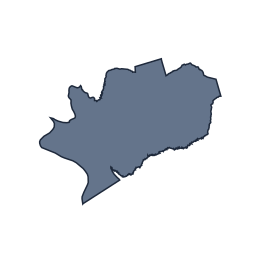 outline of Baradero, Buenos Aires, Argentina, rotated 211°
{"feature_id": "61730980B8735430115634", "entity_name": "Baradero", "entity_type": "district", "adm_level": 2, "iso_a3": "ARG", "parent_name": "Argentina", "parent_adm1": "Buenos Aires", "projection": "natural_earth1", "projection_center": [-59.554, -33.906], "detail": "fine", "context": "isolated", "style": "filled", "palette": "slate", "viewbox_px": 256, "rotation_deg": 211, "n_neighbors": 0, "source": "geoboundaries", "source_scale": "gbopen_adm2", "svg_char_len": 5789}
<svg xmlns="http://www.w3.org/2000/svg" viewBox="0 0 256 256"><g transform="rotate(211 128 128)"><path d="M173.1,158.1L172.9,158.0L172.0,156.1L171.6,156.1L171.7,155.0L171.5,154.9L171.4,154.5L170.8,154.4L170.0,153.1L171.0,152.9L170.3,152.0L170.5,151.1L170.0,150.7L169.6,149.6L169.3,149.4L169.1,148.2L168.9,148.0L169.1,147.7L168.9,147.2L169.2,146.0L169.0,145.5L168.4,145.2L168.8,144.7L168.5,144.4L167.8,144.5L167.8,144.2L168.1,143.9L168.0,143.7L167.4,143.7L167.1,143.5L167.9,143.6L167.7,143.1L168.0,142.7L167.7,142.4L167.9,142.2L168.3,142.4L168.4,142.2L168.2,141.9L167.4,142.0L167.6,141.5L167.3,141.5L167.0,141.1L167.2,140.2L166.6,139.9L167.6,139.5L167.0,139.1L167.1,138.8L166.7,138.3L166.7,137.8L166.9,137.5L167.4,137.3L167.9,136.6L168.4,134.6L168.5,134.6L168.7,135.0L169.6,135.2L170.8,134.3L171.9,136.1L173.3,136.5L174.4,135.9L175.6,134.3L177.0,134.1L178.2,134.7L180.3,136.7L181.1,136.8L182.8,136.3L183.9,136.3L185.7,136.7L186.6,137.3L187.2,137.1L189.5,139.5L190.5,139.9L190.7,138.0L191.8,136.6L192.6,136.2L197.5,135.4L198.2,134.9L198.8,133.4L198.9,131.9L198.1,130.0L196.8,128.0L195.7,124.8L194.9,124.0L193.9,123.5L191.5,122.8L190.7,121.8L189.7,119.9L187.9,117.8L185.5,115.5L182.9,114.1L180.7,112.6L179.2,111.1L178.7,109.7L178.8,109.1L179.3,108.3L181.0,106.0L181.7,104.5L181.8,103.6L181.4,103.3L181.4,102.5L183.4,100.9L186.7,99.2L191.6,97.9L195.2,97.5L196.6,97.7L199.6,96.8L195.1,95.2L193.3,93.8L191.7,90.7L191.7,88.0L192.6,83.5L195.8,77.6L197.0,72.7L196.7,70.8L195.8,69.4L193.9,67.7L191.9,66.8L177.5,69.1L170.4,69.1L167.0,69.6L158.4,71.5L154.4,71.6L149.4,70.8L145.5,70.2L142.3,69.0L139.1,67.5L137.1,65.7L134.0,60.8L133.5,58.4L132.7,50.1L131.9,45.4L130.9,43.6L127.6,39.6L127.5,40.2L108.3,79.1L110.1,79.8L111.1,79.8L116.3,81.3L119.2,82.8L120.3,83.8L121.6,84.4L122.2,85.0L122.5,85.6L122.2,85.5L121.8,85.9L121.4,85.8L120.4,84.6L119.4,84.5L119.0,84.2L118.3,84.6L117.8,84.2L117.5,84.8L116.9,84.4L116.7,85.0L116.1,84.9L115.4,85.3L115.1,84.7L114.7,85.1L114.4,84.5L113.8,84.8L113.4,84.3L113.0,84.7L112.7,84.0L111.6,83.7L111.2,84.0L109.7,83.5L108.7,83.8L108.0,83.4L107.7,84.2L106.9,83.5L105.4,84.8L105.0,85.6L104.5,85.9L104.5,86.4L103.9,87.3L104.2,87.9L103.8,88.2L103.8,88.6L103.4,88.8L103.6,89.4L103.2,89.6L102.8,89.0L102.2,89.6L101.7,89.2L101.3,89.2L101.3,90.1L100.2,91.0L100.6,91.3L100.5,91.6L100.7,91.9L100.3,92.2L100.9,93.7L100.6,95.3L100.0,96.0L100.8,96.5L100.8,97.2L100.4,97.7L100.8,98.4L99.9,98.8L98.6,100.5L98.0,100.7L97.6,100.0L97.4,100.0L97.5,102.1L97.0,103.1L97.8,103.9L97.6,105.2L98.0,105.8L98.2,108.1L98.5,108.8L97.3,109.4L97.5,110.4L97.0,110.3L96.5,111.5L96.2,111.6L96.3,112.2L95.8,113.8L96.7,114.3L96.9,114.7L96.2,114.3L95.5,114.2L95.4,114.4L95.9,114.7L95.4,114.8L95.2,115.1L95.5,115.9L95.3,116.0L95.1,115.6L94.9,116.1L94.4,116.2L94.4,117.1L94.0,117.0L93.8,117.4L93.4,117.0L93.2,117.1L93.4,117.7L93.1,118.1L92.6,118.0L92.3,117.4L91.9,117.7L91.7,118.3L91.1,118.3L91.1,118.9L90.7,118.6L90.8,118.8L90.4,119.1L90.5,119.8L89.9,119.7L88.9,121.4L88.5,121.7L88.6,121.9L89.4,121.8L88.4,122.3L89.0,123.2L88.7,123.3L88.4,123.0L87.9,123.1L88.5,123.5L88.7,124.1L86.7,125.6L86.3,126.6L86.0,126.7L85.7,126.4L85.7,126.8L84.9,128.1L85.2,128.5L85.1,129.0L84.8,128.9L84.6,129.2L84.3,129.1L84.3,129.7L83.7,129.7L84.0,130.3L83.4,130.6L83.7,130.9L83.4,131.2L83.8,131.6L83.7,131.8L83.0,131.8L82.4,132.2L82.4,132.6L81.4,132.5L80.6,132.9L79.1,133.1L78.6,133.5L78.4,133.9L77.4,133.1L76.8,133.2L76.9,133.9L76.3,134.3L76.6,135.4L76.5,135.6L76.0,135.2L75.3,135.3L75.5,135.6L75.0,135.7L75.1,137.0L74.6,136.8L74.5,137.3L74.2,136.9L74.1,137.6L73.7,137.1L73.4,137.1L73.5,137.6L72.7,137.7L71.9,138.1L71.9,139.0L71.3,138.6L71.0,139.4L70.2,139.5L70.2,138.7L69.9,138.7L69.3,140.3L68.2,140.7L68.7,140.9L68.7,141.3L68.2,141.5L67.4,141.1L67.2,141.7L68.1,141.8L67.5,142.5L67.8,144.0L67.3,144.0L67.3,144.4L66.9,144.7L66.5,144.5L66.2,144.7L66.2,145.3L66.8,146.1L66.4,146.2L66.7,146.9L65.8,147.1L66.1,147.2L65.9,147.6L66.0,147.8L65.7,148.1L65.9,148.2L66.0,148.7L65.8,148.7L65.1,149.1L64.8,149.6L64.8,150.4L63.4,151.3L63.7,151.5L63.8,151.9L63.2,152.0L62.7,152.6L63.1,152.7L63.4,153.2L63.3,153.4L63.1,153.1L63.0,153.5L62.5,153.6L63.0,153.8L62.9,154.6L62.3,154.2L62.1,154.9L61.5,155.1L61.4,155.5L60.9,155.7L60.6,156.4L59.7,156.5L59.9,156.8L59.3,157.1L59.8,157.2L59.9,157.5L59.2,157.4L58.9,158.2L58.4,158.2L58.5,158.8L58.9,159.1L58.8,159.3L58.4,159.9L58.3,160.9L57.9,161.0L57.5,161.5L57.4,162.7L56.7,163.1L56.4,163.9L56.7,164.7L57.4,165.1L58.1,166.5L58.4,168.0L58.2,168.9L58.6,169.4L58.9,170.6L59.5,171.4L59.6,172.1L60.1,172.6L60.1,173.3L60.3,174.0L59.9,174.7L60.0,175.6L61.1,176.6L61.4,177.9L62.9,180.0L62.8,180.4L63.1,181.1L63.4,181.4L63.7,182.7L65.8,185.2L66.0,186.5L66.5,187.4L66.8,188.6L67.5,189.4L68.5,190.0L68.8,190.5L68.5,191.7L67.9,192.2L68.3,193.9L69.2,195.0L69.0,196.2L68.7,196.7L68.3,198.0L67.7,199.1L67.7,199.7L67.1,200.5L66.5,201.0L66.3,202.1L64.8,203.1L77.7,215.1L86.1,212.5L89.1,212.4L89.8,212.2L90.4,212.4L92.1,214.2L93.4,215.0L94.5,215.3L95.9,215.2L96.5,215.3L96.5,215.0L97.8,215.2L98.8,216.2L99.5,216.4L101.2,215.3L102.0,215.6L103.7,215.5L105.8,215.1L107.8,215.8L108.5,215.3L109.2,214.0L110.8,212.6L111.3,211.6L112.5,211.7L112.9,211.3L113.2,210.5L113.9,209.9L113.9,207.2L115.4,204.3L115.8,203.1L116.3,202.3L117.6,201.3L118.3,200.5L118.5,199.8L119.0,199.6L119.0,199.0L119.5,198.0L120.0,197.4L119.9,197.2L120.1,196.7L120.8,196.0L121.0,195.5L121.3,195.2L121.4,194.0L121.7,193.7L122.0,193.0L122.3,192.9L122.4,192.5L132.3,201.6L134.6,203.8L135.1,204.5L153.5,184.2L150.4,179.6L152.2,178.8L152.7,178.2L153.8,178.8L154.6,178.4L155.7,178.6L157.2,178.2L158.3,178.2L164.0,175.5L165.3,174.3L168.2,173.5L170.0,172.2L169.9,171.9L171.0,170.6L171.8,170.0L172.7,168.6L174.1,167.3L174.7,165.3L174.7,163.8L173.8,161.4L173.3,161.1L173.0,159.2L173.2,158.8L173.1,158.1Z" fill="#64748b" stroke="#1e293b" stroke-width="1.5"/></g></svg>